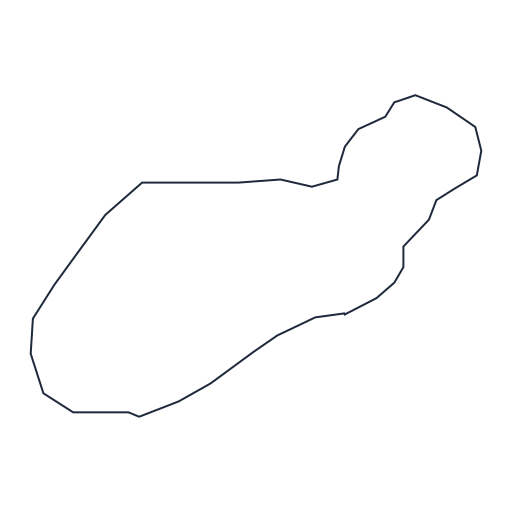 Kungälv, Västra Götaland, Sweden (Robinson projection)
{"feature_id": "70781695B99737060400485", "entity_name": "Kungälv", "entity_type": "district", "adm_level": 2, "iso_a3": "SWE", "parent_name": "Sweden", "parent_adm1": "Västra Götaland", "projection": "robinson", "projection_center": [11.966, 57.915], "detail": "fine", "context": "isolated", "style": "outline", "palette": "slate", "viewbox_px": 512, "rotation_deg": 0, "n_neighbors": 0, "source": "geoboundaries", "source_scale": "gbopen_adm2", "svg_char_len": 648}
<svg xmlns="http://www.w3.org/2000/svg" viewBox="0 0 512 512"><path d="M344.7,314.5L376.5,298.1L394.4,282.6L403.4,267.1L403.4,246.5L428.9,219.7L436.4,200.1L454.3,188.8L476.8,175.4L481.3,150.7L475.3,127.0L460.3,116.7L459.8,116.4L446.8,107.5L415.3,95.2L397.7,101.2L394.3,102.3L385.3,116.7L358.4,129.1L344.9,146.6L338.9,166.1L337.4,179.5L311.9,186.7L280.5,179.5L238.5,182.6L193.5,182.6L142.1,182.6L105.3,214.9L77.6,252.8L54.2,285.0L32.9,318.6L30.7,353.7L43.4,393.3L73.1,412.3L128.4,412.3L139.1,416.7L139.0,416.8L178.7,401.4L210.6,383.4L254.2,351.4L277.4,335.4L315.2,317.4L344.2,313.4L344.7,314.5Z" fill="none" stroke="#1e293b" stroke-width="2"/></svg>